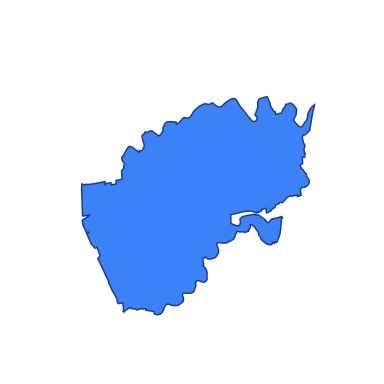 Pantelimon, Ilfov, Romania (Robinson projection), rotated 301°
{"feature_id": "2599482B87197553509552", "entity_name": "Pantelimon", "entity_type": "district", "adm_level": 2, "iso_a3": "ROU", "parent_name": "Romania", "parent_adm1": "Ilfov", "projection": "robinson", "projection_center": [26.262, 44.455], "detail": "fine", "context": "isolated", "style": "filled", "palette": "blue", "viewbox_px": 384, "rotation_deg": 301, "n_neighbors": 0, "source": "geoboundaries", "source_scale": "gbopen_adm2", "svg_char_len": 6095}
<svg xmlns="http://www.w3.org/2000/svg" viewBox="0 0 384 384"><g transform="rotate(301 192 192)"><path d="M329.9,252.1L325.8,250.7L322.4,250.6L318.6,251.1L314.4,253.0L312.5,253.3L309.2,252.7L305.8,252.8L304.1,252.3L303.4,251.1L303.3,250.4L303.8,247.5L305.6,242.6L306.7,241.9L308.7,241.6L310.8,241.7L312.8,241.0L316.5,239.2L317.4,238.2L318.0,236.7L318.2,235.6L319.2,233.2L318.8,230.2L317.0,229.2L315.4,227.2L313.1,227.6L308.8,227.4L305.6,228.1L304.9,227.0L302.2,224.5L301.9,223.7L302.4,222.8L303.6,222.3L303.6,222.0L303.2,221.0L303.8,219.8L303.9,219.0L304.1,219.0L306.0,215.2L308.1,213.4L312.4,207.2L306.3,201.5L303.0,202.1L298.7,204.6L295.6,205.5L291.0,206.1L290.3,206.7L289.5,209.7L286.4,210.3L284.9,209.5L283.8,208.1L284.5,204.3L288.8,193.2L289.4,191.2L290.7,188.2L291.8,186.4L293.5,182.9L293.9,181.9L294.0,180.5L293.1,179.0L291.0,177.2L286.5,175.0L284.1,174.2L281.8,173.7L279.5,172.6L278.7,171.7L278.4,170.0L278.5,167.1L278.9,164.8L278.9,163.8L278.5,163.3L276.0,161.7L275.3,160.3L274.7,158.3L273.4,156.7L270.1,154.6L268.9,154.0L266.3,153.1L263.1,152.2L261.3,151.8L257.7,152.0L256.2,151.9L254.6,151.4L253.8,151.0L252.6,149.7L251.9,147.2L251.2,146.5L249.8,146.0L247.5,145.8L245.9,145.3L242.4,144.2L242.2,143.5L242.9,143.2L243.2,142.5L243.6,142.4L243.0,140.7L242.0,139.1L241.2,137.2L239.1,134.5L237.5,133.8L236.5,133.7L232.7,133.9L229.8,135.4L227.9,135.8L226.1,135.7L223.5,135.0L223.1,134.6L222.8,133.7L223.1,132.5L223.7,127.6L223.5,126.1L222.8,124.7L222.4,124.3L220.6,123.4L220.2,122.9L219.4,121.7L219.6,121.1L219.2,120.9L217.2,121.2L216.8,120.8L215.6,120.2L214.6,120.2L214.0,120.5L211.7,122.4L207.5,126.9L206.4,127.5L202.3,127.9L201.1,127.3L200.6,125.8L200.5,126.0L199.1,126.4L198.8,126.2L199.3,119.4L199.7,118.7L199.6,118.2L199.4,117.8L198.8,114.8L198.0,114.3L194.8,114.1L191.5,114.2L188.9,114.4L185.7,114.0L184.9,114.2L184.1,114.9L183.4,115.9L182.8,116.2L182.3,118.1L181.8,119.1L180.4,119.8L179.2,120.1L177.1,121.3L176.8,121.4L175.7,121.0L174.5,120.8L173.4,121.0L167.1,125.4L162.7,121.0L159.8,122.9L156.5,118.9L158.1,117.8L155.0,113.7L153.2,114.0L155.1,112.5L156.0,112.1L148.4,103.4L145.1,99.4L144.3,97.7L143.1,96.4L142.5,95.4L142.3,94.9L142.3,93.5L138.1,95.6L115.2,110.5L115.6,111.4L118.6,115.1L119.6,115.9L118.7,116.0L116.0,115.0L114.1,114.0L111.8,112.5L110.9,112.7L107.7,115.5L106.5,116.9L106.8,117.1L105.4,118.8L103.6,121.4L102.7,122.5L104.4,124.3L104.2,124.5L102.0,123.4L95.8,132.0L93.9,137.8L94.4,138.6L95.7,139.1L89.8,146.2L86.1,145.6L85.7,146.4L85.9,146.5L85.5,147.1L72.2,166.9L71.2,167.4L69.6,169.9L67.2,173.2L64.2,178.6L61.8,182.5L58.9,185.0L58.4,186.4L59.4,187.7L61.4,189.8L55.7,194.2L54.1,194.5L54.4,195.0L54.3,195.6L54.7,195.5L56.6,196.2L58.8,197.3L60.8,198.5L60.9,199.5L61.4,200.8L61.5,201.8L62.4,203.7L62.5,205.3L62.8,205.9L64.1,207.1L65.3,207.8L66.0,208.6L65.9,209.2L66.7,210.6L68.2,212.4L66.9,213.4L70.0,220.9L68.7,221.8L68.1,223.0L68.6,224.9L69.3,226.0L70.2,227.0L71.2,227.7L71.9,228.0L73.2,228.3L75.8,228.4L78.4,227.8L80.3,227.7L82.6,228.0L83.8,229.7L84.7,233.7L85.2,235.1L85.9,235.8L86.9,237.5L87.5,238.2L90.1,239.7L93.3,240.7L94.1,240.7L96.1,239.8L97.1,238.7L96.9,238.6L97.4,238.0L97.7,237.9L98.7,236.9L99.3,236.6L100.3,236.5L100.9,236.7L101.2,237.0L103.9,242.0L104.9,243.3L105.6,243.9L107.3,244.8L108.0,244.8L113.2,243.8L116.3,241.7L116.7,241.6L118.0,241.8L118.6,242.0L119.3,243.0L120.5,248.3L121.1,249.0L122.3,249.6L123.0,249.9L124.3,250.1L126.1,249.3L128.2,247.6L129.8,247.0L130.7,246.4L132.1,245.0L133.4,243.2L134.3,240.6L134.4,239.4L135.3,239.4L136.3,239.1L138.2,237.5L138.9,236.7L139.4,236.3L139.9,236.0L140.7,236.0L142.6,236.6L143.1,237.2L143.3,237.6L142.6,238.7L142.9,240.0L143.1,240.2L143.5,241.8L143.9,242.3L144.4,242.5L145.8,244.1L146.5,244.5L147.2,245.3L148.1,245.7L149.3,246.1L152.8,246.0L155.2,245.2L155.7,244.9L156.6,244.0L158.4,241.7L159.1,240.6L160.7,239.9L161.2,240.0L162.3,241.1L164.8,246.0L166.0,247.6L168.0,249.1L171.8,251.3L173.4,251.9L175.0,251.9L179.7,250.9L181.1,251.0L181.9,252.0L182.4,253.6L183.0,254.2L183.4,255.3L184.4,256.8L184.8,258.2L185.5,259.1L186.0,259.5L187.5,260.0L187.5,260.6L188.9,260.3L191.2,260.3L193.7,259.1L194.6,259.2L194.8,260.4L194.3,262.4L194.2,263.6L191.7,269.4L189.7,271.3L188.9,273.2L186.8,276.1L186.9,276.8L186.5,277.4L186.1,280.9L185.9,281.2L185.9,282.7L186.2,283.8L186.4,283.8L186.5,284.2L186.4,284.2L186.4,284.6L186.5,285.5L187.2,286.0L187.7,287.0L189.1,287.5L189.1,287.0L189.4,287.0L189.4,287.4L190.3,287.6L190.5,288.1L190.2,288.1L190.2,288.7L191.8,288.2L192.1,288.7L191.4,289.4L192.3,290.5L194.1,290.5L197.9,289.8L201.7,288.8L206.0,287.1L215.7,282.2L216.0,282.3L216.4,283.0L217.0,282.3L216.5,281.5L216.9,281.2L213.0,277.7L209.8,274.2L209.4,274.6L208.7,274.0L207.9,274.0L206.8,273.5L206.1,273.6L205.1,273.1L204.8,271.7L204.8,271.1L205.3,270.6L205.3,269.8L205.5,269.8L206.0,269.1L206.0,268.6L206.6,260.2L205.9,260.0L205.5,259.6L205.1,257.4L204.3,256.4L204.0,255.4L202.8,254.3L200.1,251.1L196.6,247.8L194.1,247.0L193.3,247.2L192.5,247.7L191.3,249.0L188.6,249.9L187.2,249.3L186.4,248.2L186.1,248.3L185.1,241.6L192.4,236.9L202.1,246.8L205.3,251.0L206.6,253.8L207.1,258.1L208.4,258.1L208.5,259.2L208.8,259.2L210.8,261.1L213.3,260.9L216.0,263.8L212.5,266.7L213.0,267.2L214.2,268.1L216.5,269.3L216.7,269.1L218.1,269.6L218.3,269.4L219.5,269.8L221.4,271.1L224.2,270.4L226.7,272.7L227.4,272.2L228.3,272.8L228.8,273.3L229.5,274.9L232.3,275.7L235.4,276.2L237.1,276.7L238.5,277.6L238.9,278.0L239.8,280.0L240.9,280.7L241.8,281.6L243.7,284.5L242.6,284.7L244.3,286.4L245.3,287.2L246.3,286.6L248.7,284.2L249.5,283.9L252.0,283.6L254.0,285.5L254.8,286.7L255.4,287.0L257.1,287.4L258.2,287.9L259.9,287.6L261.4,287.0L262.3,286.4L262.9,285.7L263.9,283.7L264.4,282.0L264.8,281.9L265.5,281.4L266.3,280.5L266.6,279.7L267.0,278.1L267.5,277.0L268.2,276.2L268.3,274.7L268.8,273.6L268.5,273.1L269.4,272.5L270.7,270.7L273.3,272.2L277.4,269.4L278.6,268.7L279.7,270.6L283.4,269.2L283.6,268.3L286.3,266.0L287.6,265.5L289.7,265.1L290.1,264.8L291.5,262.5L292.2,261.6L293.2,260.8L293.9,259.8L294.3,259.4L297.1,257.8L297.6,257.8L299.4,259.6L305.3,261.2L324.1,253.8L327.6,253.0L329.9,252.1Z" fill="#3b82f6" stroke="#1e3a8a" stroke-width="1.5"/></g></svg>